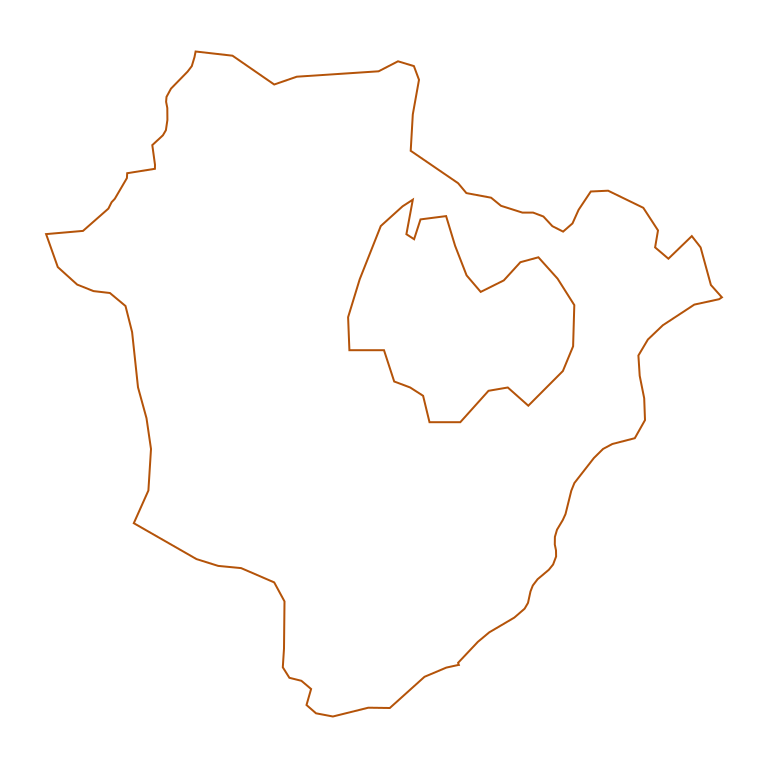 an SVG outline of Hajdú-Bihar
{"feature_id": "HUN-3173", "entity_name": "Hajdú-Bihar", "entity_type": "County", "adm_level": 1, "iso_a3": "HUN", "parent_name": "Hungary", "parent_adm1": "", "projection": "equal_earth", "projection_center": [21.543, 47.451], "detail": "fine", "context": "isolated", "style": "outline", "palette": "amber", "viewbox_px": 768, "rotation_deg": 0, "n_neighbors": 0, "source": "natural_earth", "source_scale": "10m", "svg_char_len": 1850}
<svg xmlns="http://www.w3.org/2000/svg" viewBox="0 0 768 768"><path d="M721.9,297.3L719.1,299.2L694.3,304.6L662.9,325.2L647.9,339.5L638.4,355.5L639.7,375.8L644.2,398.3L645.0,420.1L634.8,438.2L612.3,444.0L603.1,448.9L593.9,458.0L574.4,483.0L571.3,490.7L565.5,514.1L562.8,520.0L557.0,529.7L554.9,536.9L554.8,544.5L556.0,550.4L556.1,556.5L553.1,564.5L548.8,569.8L537.6,579.2L532.8,585.5L530.5,591.4L528.0,602.9L524.6,608.7L514.3,617.6L489.3,632.3L477.9,641.8L458.1,662.8L458.8,664.9L458.6,664.9L446.3,667.6L424.5,676.8L389.8,708.0L368.3,707.7L332.9,716.5L316.0,713.3L306.5,705.0L311.1,689.0L301.4,680.8L289.4,677.8L282.8,667.3L284.0,648.6L284.5,601.4L274.2,582.4L241.1,568.1L218.2,565.9L196.5,559.1L133.8,523.2L148.4,490.5L151.0,449.0L146.5,418.2L138.0,387.3L132.1,332.1L125.5,306.0L109.9,293.0L93.5,291.1L77.2,284.6L57.8,267.1L46.1,234.1L83.0,230.9L108.4,208.6L111.6,202.2L114.8,198.8L126.9,178.1L127.2,173.2L154.9,168.8L155.0,164.8L152.3,145.1L162.9,135.3L165.9,130.2L167.4,120.0L167.3,108.0L166.1,101.8L166.5,96.9L171.0,88.6L187.6,71.6L191.8,66.1L194.5,57.1L195.6,51.5L232.5,55.7L274.2,84.5L296.8,76.7L378.6,71.3L398.0,61.3L413.9,66.1L419.0,79.8L412.8,114.4L410.7,150.8L458.1,183.2L466.4,193.1L491.1,197.7L501.0,205.8L522.4,212.6L533.1,212.6L543.4,216.5L552.4,226.2L563.1,231.6L572.5,223.4L578.6,209.8L590.8,191.5L608.1,190.7L643.3,207.8L658.0,230.4L655.1,247.4L668.4,258.7L691.8,236.1L700.6,247.4L710.9,285.0L721.7,297.1L721.9,297.3ZM414.1,239.2L406.4,234.2L412.8,199.7L402.6,206.3L380.8,226.0L359.7,279.3L348.1,317.2L349.4,350.2L384.0,350.2L394.2,381.5L410.2,387.5L423.1,395.8L429.5,422.2L460.3,422.2L488.5,390.8L507.8,387.5L528.3,405.7L562.9,371.0L573.1,346.3L574.3,305.1L557.6,278.7L538.4,257.3L520.4,262.2L503.8,280.4L480.7,291.9L466.6,275.4L455.1,245.8L446.1,216.1L420.5,219.4L414.1,239.2Z" fill="none" stroke="#b45309" stroke-width="2"/></svg>